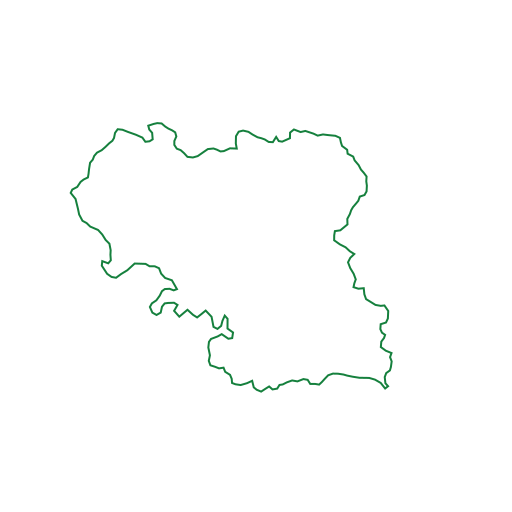 Fartura, São Paulo, Brazil (Robinson projection), rotated 328°
{"feature_id": "56859067B5459556715970", "entity_name": "Fartura", "entity_type": "district", "adm_level": 2, "iso_a3": "BRA", "parent_name": "Brazil", "parent_adm1": "São Paulo", "projection": "robinson", "projection_center": [-49.525, -23.4], "detail": "fine", "context": "isolated", "style": "outline", "palette": "green", "viewbox_px": 512, "rotation_deg": 328, "n_neighbors": 0, "source": "geoboundaries", "source_scale": "gbopen_adm2", "svg_char_len": 3249}
<svg xmlns="http://www.w3.org/2000/svg" viewBox="0 0 512 512"><g transform="rotate(328 256 256)"><path d="M199.3,377.9L203.7,379.7L207.6,377.8L210.6,379.1L215.2,379.5L220.7,380.7L224.7,384.3L231.0,385.5L234.2,388.4L234.2,393.2L238.2,395.7L241.4,398.5L245.0,397.8L249.2,396.6L254.0,395.4L258.9,396.5L263.2,399.3L267.4,402.9L269.9,405.7L273.9,409.5L279.2,414.1L283.7,417.0L287.4,419.4L291.4,423.9L294.5,429.7L295.3,436.8L299.0,436.4L298.3,432.5L301.0,426.9L304.4,424.3L308.9,424.0L311.5,421.7L315.2,417.3L316.1,412.8L319.5,410.1L315.9,405.1L313.6,399.4L316.9,395.0L321.1,393.4L323.7,391.3L322.2,387.8L322.7,383.9L325.6,379.9L331.0,381.3L334.7,378.9L339.0,372.7L338.7,366.0L335.4,364.4L331.4,360.8L328.3,354.5L326.5,350.9L327.6,345.9L330.3,340.4L325.5,338.0L322.2,334.1L324.9,331.3L328.2,328.7L329.4,322.8L329.5,316.2L330.7,310.1L335.0,307.5L340.4,306.4L338.1,301.7L336.6,296.1L333.3,290.6L330.6,284.1L333.3,279.9L336.1,276.7L341.1,278.9L350.3,277.7L353.1,272.9L357.8,270.2L361.0,267.6L364.0,266.0L368.4,264.6L372.0,263.4L375.5,260.6L380.3,261.8L384.0,259.8L387.3,255.1L389.1,251.1L391.9,247.2L391.5,242.6L390.8,238.3L391.2,233.3L390.3,227.2L391.1,223.2L387.9,217.8L389.6,214.2L387.3,208.3L388.2,204.7L389.8,200.3L387.0,196.1L381.4,191.8L377.2,188.4L372.1,186.6L369.6,182.7L364.1,176.1L359.5,174.5L355.2,168.8L350.3,169.4L347.2,174.1L338.8,172.9L336.2,170.6L336.2,165.7L330.6,168.4L327.2,166.0L325.2,161.8L322.9,158.9L320.2,156.1L317.4,151.1L315.4,146.7L311.5,142.8L307.2,141.4L302.5,143.8L298.5,149.9L296.6,154.7L291.0,150.9L284.3,150.0L281.3,148.5L279.1,145.0L276.9,142.3L271.8,139.8L267.4,140.0L259.5,140.4L254.7,139.0L250.4,135.6L249.5,130.7L248.2,126.3L245.7,123.0L245.6,118.5L247.7,115.2L251.8,112.4L253.0,108.3L251.4,104.9L249.2,101.5L247.6,98.1L246.2,93.6L242.7,91.0L239.3,89.8L233.7,88.4L232.5,92.2L233.2,96.5L230.2,102.3L226.5,102.3L222.7,100.5L222.4,95.4L218.4,89.5L213.0,82.7L209.7,78.2L205.9,75.2L201.7,76.9L198.1,80.7L195.2,82.2L191.3,82.6L186.2,83.7L181.2,84.5L175.9,84.1L171.8,85.4L168.6,87.8L164.7,89.0L160.5,93.8L157.5,97.6L155.1,100.3L150.4,99.8L146.5,100.2L141.0,102.7L135.4,102.3L132.3,104.3L133.2,112.0L130.0,121.7L128.0,127.1L127.5,134.2L129.8,138.3L131.0,143.2L135.9,150.3L137.0,156.3L137.0,162.8L138.2,167.9L135.8,174.1L133.2,177.8L130.6,182.7L126.8,183.9L122.9,178.9L120.1,182.5L120.3,192.2L122.4,197.2L125.8,200.3L132.2,199.8L139.3,199.9L149.1,198.1L154.2,201.5L158.2,204.2L160.3,208.3L164.7,211.1L167.3,215.0L166.2,220.7L167.3,226.5L171.8,232.0L171.4,242.2L168.0,241.5L165.3,238.0L161.1,235.7L157.6,236.0L153.4,238.6L148.0,240.8L142.6,241.0L139.0,243.0L138.1,249.1L140.4,253.3L145.2,253.5L149.4,249.2L153.4,247.8L156.5,249.2L161.7,252.2L163.5,255.9L157.5,259.1L158.8,266.8L169.4,265.3L171.4,272.5L173.5,276.9L179.1,276.3L184.4,275.6L186.1,284.0L182.4,293.6L184.7,297.4L189.4,296.8L193.2,293.2L197.9,290.0L198.6,294.2L193.4,302.4L196.0,308.7L192.3,313.0L188.7,311.5L185.5,304.1L180.9,303.9L173.9,302.5L170.6,303.9L167.1,308.3L164.3,315.8L160.4,319.9L159.4,324.5L162.6,328.3L165.1,331.7L169.3,333.5L168.5,337.9L171.0,343.0L170.3,347.3L168.4,351.0L170.6,353.9L174.6,357.3L181.0,359.1L186.6,359.8L184.5,366.2L185.7,369.8L188.5,373.7L193.9,373.6L198.0,373.6L199.3,377.9Z" fill="none" stroke="#15803d" stroke-width="2"/></g></svg>